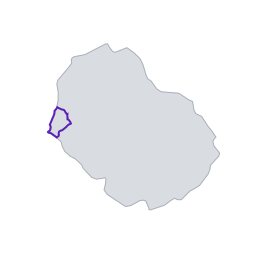 Kriva Palanka on a map of North Macedonia (Mercator projection), rotated 239°
{"feature_id": "MKD-2906", "entity_name": "Kriva Palanka", "entity_type": "Statistical Region", "adm_level": 1, "iso_a3": "MKD", "parent_name": "North Macedonia", "parent_adm1": "", "projection": "mercator", "projection_center": [22.313, 42.232], "detail": "fine", "context": "in_parent", "style": "outline", "palette": "violet", "viewbox_px": 256, "rotation_deg": 239, "n_neighbors": 0, "source": "natural_earth", "source_scale": "10m", "svg_char_len": 1763}
<svg xmlns="http://www.w3.org/2000/svg" viewBox="0 0 256 256"><g transform="rotate(239 128 128)"><path d="M116.5,68.8L120.4,69.3L128.8,66.9L134.1,63.6L136.8,63.1L140.3,61.8L145.4,62.0L150.6,63.5L157.2,61.5L163.6,58.4L166.2,59.2L169.0,61.9L170.9,62.6L181.6,76.6L187.5,82.2L194.4,86.5L202.3,89.6L205.2,92.6L210.2,107.4L212.6,113.1L216.0,114.7L216.8,116.3L216.9,118.5L213.1,128.8L211.6,152.0L210.7,153.8L206.7,153.7L201.5,154.2L199.5,156.0L197.4,168.4L189.0,172.0L181.3,174.0L174.8,173.5L163.5,170.6L159.8,170.3L156.6,171.9L146.5,172.8L142.1,175.0L131.6,189.5L121.1,194.4L117.5,197.0L109.4,193.8L105.5,193.5L99.9,197.1L87.7,197.5L84.4,198.1L74.9,198.7L74.5,196.7L72.8,193.8L68.4,192.5L59.4,193.6L57.2,191.5L53.5,179.2L50.6,177.2L47.4,173.1L41.9,159.7L41.8,153.9L42.1,148.7L39.1,136.7L41.0,133.6L43.8,131.7L43.8,126.8L43.0,119.4L46.3,104.9L47.3,103.9L48.1,104.5L56.2,105.7L58.3,103.9L59.6,101.0L60.1,90.3L62.0,85.4L81.6,76.0L87.3,75.6L91.8,80.0L95.3,82.7L97.4,82.6L98.1,79.9L100.5,74.5L104.5,71.4L116.4,68.8L116.5,68.8Z" fill="#d9dde1" stroke="#a8b0b8" stroke-width="1"/><path d="M165.7,57.3L166.0,57.7L166.0,59.3L166.2,60.0L167.3,61.2L168.4,62.1L169.6,62.6L171.0,62.6L177.8,71.9L180.5,73.9L181.4,76.6L182.2,78.1L181.0,78.7L180.4,79.1L179.2,80.0L177.9,80.8L177.2,81.8L176.4,82.3L176.0,82.5L175.2,82.6L174.9,82.5L174.6,82.5L174.1,82.5L173.6,82.5L172.8,82.6L171.7,82.6L171.3,82.7L171.1,82.9L171.1,83.2L170.2,82.6L169.1,81.9L167.9,81.5L167.1,80.8L166.6,80.6L166.2,81.1L165.6,81.3L164.3,81.5L163.2,81.6L162.2,81.5L161.4,81.5L161.1,81.1L161.1,80.8L161.4,79.9L161.4,78.5L161.2,76.9L160.7,75.7L160.2,72.1L160.0,70.3L160.5,68.4L160.4,67.0L159.1,65.7L157.7,65.3L156.9,64.4L156.6,62.1L163.2,59.3L165.0,57.4L165.7,57.3Z" fill="none" stroke="#5b21b6" stroke-width="2"/></g></svg>